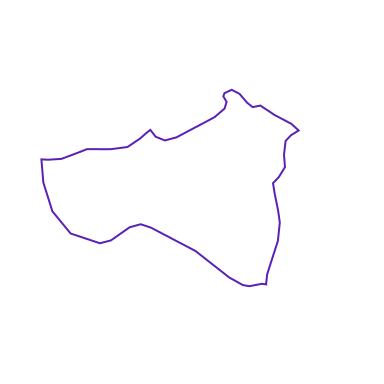 outline of Pehčevo, rotated 142°
{"feature_id": "MKD-3007", "entity_name": "Pehčevo", "entity_type": "Statistical Region", "adm_level": 1, "iso_a3": "MKD", "parent_name": "North Macedonia", "parent_adm1": "", "projection": "natural_earth1", "projection_center": [22.871, 41.774], "detail": "fine", "context": "isolated", "style": "outline", "palette": "violet", "viewbox_px": 384, "rotation_deg": 142, "n_neighbors": 0, "source": "natural_earth", "source_scale": "10m", "svg_char_len": 818}
<svg xmlns="http://www.w3.org/2000/svg" viewBox="0 0 384 384"><g transform="rotate(142 192 192)"><path d="M190.5,73.6L193.4,76.6L204.7,82.4L209.2,87.3L215.3,101.7L225.6,143.4L246.3,189.2L252.3,198.2L262.9,202.6L285.8,203.8L296.1,208.3L313.2,234.0L313.9,262.7L303.3,291.0L290.6,310.4L290.1,310.0L285.5,306.0L274.5,298.5L261.6,294.4L248.3,290.4L229.9,275.9L215.2,267.2L200.0,266.1L191.7,266.6L186.6,266.6L186.6,257.9L181.6,249.3L170.5,244.6L128.2,237.1L114.9,237.7L109.3,241.7L108.4,248.1L105.6,249.9L97.8,248.1L94.1,240.0L93.6,228.4L91.9,221.5L84.9,218.0L79.5,201.8L71.7,184.4L70.1,174.8L79.0,175.8L86.8,174.6L96.5,164.8L103.4,154.4L114.4,150.3L122.7,149.1L127.8,139.9L135.6,124.3L141.6,113.9L154.4,100.6L171.5,89.0L183.4,80.9L187.4,76.8L190.4,73.8L190.5,73.6Z" fill="none" stroke="#5b21b6" stroke-width="2"/></g></svg>